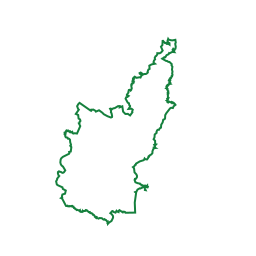 outline of Jipijapa, Manabi, Ecuador, rotated 215°
{"feature_id": "8360857B19905531919728", "entity_name": "Jipijapa", "entity_type": "district", "adm_level": 2, "iso_a3": "ECU", "parent_name": "Ecuador", "parent_adm1": "Manabi", "projection": "mercator", "projection_center": [-80.604, -1.518], "detail": "fine", "context": "isolated", "style": "outline", "palette": "green", "viewbox_px": 256, "rotation_deg": 215, "n_neighbors": 0, "source": "geoboundaries", "source_scale": "gbopen_adm2", "svg_char_len": 5856}
<svg xmlns="http://www.w3.org/2000/svg" viewBox="0 0 256 256"><g transform="rotate(215 128 128)"><path d="M153.9,40.9L152.4,40.9L147.7,41.8L146.4,40.7L143.1,41.1L141.9,38.1L143.6,35.9L143.0,34.2L142.1,33.4L142.6,32.2L141.4,32.4L134.1,28.6L133.2,29.1L132.9,29.7L132.0,29.5L131.3,30.4L130.9,30.3L130.2,31.1L129.3,31.4L129.5,31.8L129.0,32.2L128.6,31.9L127.7,32.3L127.4,31.9L126.2,31.9L126.1,31.6L125.7,31.8L124.5,31.3L123.6,31.7L122.9,31.4L122.4,32.0L121.0,32.2L120.6,32.8L120.5,32.4L119.6,32.1L119.1,32.7L118.3,32.3L117.2,33.3L117.4,33.9L117.0,33.7L116.8,34.5L115.6,35.4L115.6,36.2L115.1,36.2L115.1,36.8L114.3,37.0L112.1,36.6L111.4,37.1L111.3,36.7L110.0,36.7L109.1,37.1L108.5,38.0L108.6,37.2L107.8,37.4L106.9,36.8L106.1,37.2L104.2,36.5L103.5,36.8L103.7,36.2L102.1,36.0L101.6,36.6L100.1,36.9L99.7,37.9L97.7,39.1L96.0,38.9L95.4,39.0L94.9,39.9L94.0,39.6L93.2,40.0L91.7,39.5L91.1,39.9L90.2,38.3L89.8,38.5L89.5,38.1L89.2,40.0L88.2,42.3L88.7,45.5L89.1,46.5L90.0,47.4L92.1,48.1L93.6,48.1L93.3,50.8L92.9,51.2L91.9,50.9L89.7,51.5L89.9,53.6L88.8,53.4L87.5,53.7L88.1,54.8L87.9,55.8L83.9,55.9L84.0,56.7L83.1,57.2L82.4,57.5L81.5,57.1L73.6,62.8L79.7,70.8L84.4,80.0L85.8,79.6L86.2,80.0L85.7,79.7L84.5,80.2L84.9,83.0L83.8,85.3L83.2,85.5L81.9,87.7L80.7,88.8L80.2,88.8L80.1,89.7L79.4,89.7L78.8,90.3L77.9,90.6L78.0,91.3L78.8,91.3L79.2,91.8L79.3,91.0L80.5,90.9L80.7,90.3L81.8,90.1L82.2,89.3L83.8,89.3L84.1,88.8L84.6,89.2L86.0,89.0L86.3,89.3L88.5,88.3L90.8,87.8L92.8,89.2L93.1,90.2L92.5,90.5L92.4,92.6L93.1,93.9L94.5,94.8L97.2,95.4L100.0,98.5L101.5,98.8L100.9,100.4L101.0,101.9L100.6,102.3L101.0,103.4L99.2,107.4L96.8,110.5L96.6,111.2L96.9,112.5L96.0,112.3L94.4,113.1L94.3,114.6L94.9,116.6L94.7,117.3L94.4,117.2L94.5,118.1L93.7,119.8L93.6,121.5L94.6,122.9L95.2,125.2L94.9,126.6L94.0,127.4L95.4,127.3L95.0,127.9L95.6,128.7L96.9,129.3L96.7,129.6L96.1,129.5L96.6,129.7L96.5,130.2L95.7,129.9L95.6,130.7L96.1,130.5L96.8,130.8L98.5,133.1L100.6,133.5L100.9,135.5L102.4,138.0L101.8,140.5L102.4,141.1L102.8,142.7L102.6,143.6L101.6,144.3L101.8,145.9L101.2,147.2L102.7,149.8L102.8,152.4L103.9,155.0L103.1,156.2L103.2,157.2L104.9,159.9L105.1,162.1L104.8,168.2L104.3,169.3L102.7,170.1L103.1,171.9L102.4,174.2L102.9,174.4L103.3,173.9L104.2,174.7L105.0,174.8L105.4,174.2L106.3,174.7L106.7,174.5L106.7,173.8L107.5,174.1L107.7,173.5L109.5,173.2L109.7,171.9L110.5,171.8L111.0,172.5L111.7,172.6L111.3,173.0L112.2,173.9L111.9,174.0L112.2,174.4L111.8,174.7L112.0,175.5L112.5,175.3L112.4,176.1L113.0,176.1L114.1,177.8L114.6,178.0L114.7,178.8L115.2,179.1L114.7,179.5L114.9,179.9L115.5,180.4L115.8,180.2L116.1,181.3L117.0,181.4L117.9,182.6L118.3,182.3L118.7,182.8L119.5,182.5L119.4,183.2L120.3,183.9L120.4,184.5L119.6,184.3L119.6,185.5L120.0,186.1L119.6,186.4L119.9,186.8L119.5,187.4L119.6,187.7L119.1,188.1L119.5,188.3L119.0,188.6L119.5,188.7L119.1,189.2L119.4,189.5L120.3,189.7L120.5,190.2L121.2,190.2L120.9,190.8L121.9,190.9L122.0,191.7L121.2,192.0L122.0,193.3L121.4,193.8L121.8,194.8L121.7,195.4L122.1,195.6L122.1,196.1L121.7,196.1L122.1,197.2L123.2,198.1L123.8,199.6L125.5,201.1L126.8,203.7L128.3,204.3L128.8,205.4L131.9,205.9L132.9,205.3L134.4,205.3L135.3,204.8L139.8,204.4L139.7,204.8L139.0,205.0L138.9,206.7L138.5,206.7L138.0,207.3L138.2,209.8L137.1,211.6L137.3,212.9L136.9,212.9L135.4,215.7L133.6,216.7L136.3,217.6L136.4,218.8L134.6,218.4L134.9,219.3L134.6,220.1L135.5,222.0L137.6,224.0L137.9,225.4L139.8,227.4L141.8,225.3L143.2,224.5L145.5,223.7L146.2,224.0L145.6,222.0L144.2,221.1L142.7,221.3L141.8,220.1L142.8,220.1L143.9,219.5L144.2,219.8L144.4,219.4L145.0,219.7L145.0,219.2L146.0,219.3L146.5,218.8L149.3,219.5L149.6,219.2L147.4,215.7L147.6,213.5L144.0,211.3L144.2,208.9L144.9,207.4L146.9,206.1L146.2,205.1L146.2,203.2L146.6,202.5L146.3,200.7L145.2,199.8L145.4,198.3L144.9,196.6L144.5,196.2L142.8,196.1L145.1,193.7L146.3,191.3L144.2,188.8L144.8,187.5L144.2,185.3L143.6,184.8L143.9,183.4L144.4,182.4L145.5,181.7L146.1,180.7L149.4,180.7L150.0,179.6L149.5,179.2L146.8,179.4L147.0,178.2L146.7,176.5L147.6,176.2L149.8,174.0L151.9,173.9L152.1,173.1L151.7,172.9L152.3,172.4L152.3,171.9L151.6,171.9L151.3,171.4L151.9,171.3L152.0,170.8L151.4,170.1L151.3,169.3L150.9,169.4L150.9,169.0L150.0,169.1L150.1,168.7L149.5,168.4L149.8,168.0L149.6,167.4L150.4,166.7L150.1,165.3L149.6,165.3L149.4,164.3L147.7,162.7L147.2,160.9L147.3,160.1L148.5,160.3L149.1,159.6L148.5,158.0L148.0,157.4L148.0,154.6L147.8,154.3L145.9,154.6L146.3,153.1L147.1,152.2L146.8,150.6L142.7,148.6L141.4,148.8L140.1,147.5L139.0,147.3L138.6,146.7L138.5,143.9L136.2,145.8L134.6,145.7L134.0,143.8L133.4,143.4L133.5,139.5L136.2,139.5L138.2,138.0L141.4,138.6L145.1,142.5L146.7,140.1L147.4,141.2L148.7,140.2L150.3,136.6L151.3,135.7L151.9,134.2L153.3,134.0L153.7,133.5L151.7,132.4L151.0,131.0L150.0,130.7L147.8,128.6L147.4,127.8L148.0,126.8L151.5,125.9L155.8,125.4L157.7,125.8L161.9,125.9L163.7,123.0L164.6,123.4L167.0,123.2L168.0,122.3L168.0,121.4L168.7,121.6L168.8,120.8L182.1,120.8L182.4,119.1L182.2,116.7L179.8,115.0L178.8,114.8L178.8,109.6L176.3,110.1L173.9,107.4L172.2,107.5L171.0,106.5L171.2,105.4L170.6,104.4L171.0,103.7L168.2,102.2L166.6,94.2L168.6,93.2L169.6,92.1L170.2,92.0L171.5,92.9L172.1,91.7L172.6,91.6L173.1,91.9L173.2,91.5L173.9,91.8L174.1,91.3L175.1,91.4L175.8,90.7L176.0,91.0L176.2,90.5L177.0,90.6L177.0,88.9L176.8,88.6L176.5,88.8L176.3,88.3L177.2,87.7L176.4,86.7L175.9,86.8L176.0,86.3L175.2,86.1L174.6,85.2L173.6,84.7L172.0,85.4L171.2,84.8L170.0,85.4L168.8,85.1L167.1,83.1L165.2,81.7L165.1,80.9L164.5,80.6L164.8,80.2L163.3,79.6L161.4,75.9L162.5,74.6L161.6,73.8L161.5,73.1L164.8,67.0L165.3,64.9L165.1,63.6L163.7,61.0L162.3,59.8L160.9,59.2L159.1,59.1L155.1,57.3L155.1,55.0L155.5,54.1L156.1,53.6L157.9,53.5L159.1,52.8L159.7,52.9L160.1,51.7L159.3,50.5L157.6,49.3L156.8,49.2L157.0,45.9L156.5,45.1L156.3,43.1L153.9,40.9ZM78.9,87.4L78.6,86.9L77.9,87.2L78.6,87.6L78.9,87.4Z" fill="none" stroke="#15803d" stroke-width="2"/></g></svg>